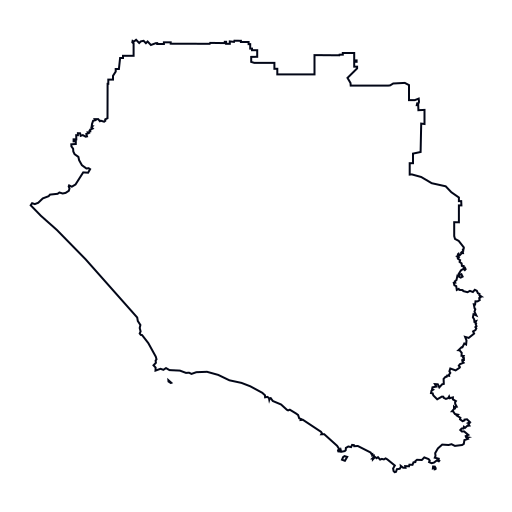 the district of Manjimup, Western Australia, Australia
{"feature_id": "25037944B58524535883846", "entity_name": "Manjimup", "entity_type": "district", "adm_level": 2, "iso_a3": "AUS", "parent_name": "Australia", "parent_adm1": "Western Australia", "projection": "mercator", "projection_center": [116.36, -34.598], "detail": "fine", "context": "isolated", "style": "outline", "palette": "ink", "viewbox_px": 512, "rotation_deg": 0, "n_neighbors": 0, "source": "geoboundaries", "source_scale": "gbopen_adm2", "svg_char_len": 5986}
<svg xmlns="http://www.w3.org/2000/svg" viewBox="0 0 512 512"><path d="M339.5,54.7L339.3,55.3L314.5,55.1L314.5,74.4L277.3,74.4L277.3,68.8L274.4,68.8L274.4,62.9L254.4,62.9L251.2,61.9L251.2,56.9L257.2,56.8L257.2,50.2L252.0,50.2L252.0,48.6L250.2,48.6L250.2,44.1L248.6,44.1L248.6,42.0L240.9,42.0L240.9,40.8L234.4,40.7L234.0,41.9L229.8,41.4L229.8,43.8L226.1,43.8L226.1,41.8L224.8,41.8L224.8,43.1L210.2,42.9L209.7,43.8L170.7,43.7L170.7,42.3L163.9,42.3L163.9,44.0L157.2,44.0L157.2,43.1L156.0,43.1L150.9,45.0L147.6,41.5L145.9,43.2L143.6,40.8L140.8,41.4L139.2,43.0L136.1,39.8L133.9,41.6L132.6,40.9L132.3,42.3L133.6,43.6L133.6,55.8L123.0,55.8L123.0,58.0L120.1,58.0L118.9,69.0L115.7,69.0L115.7,71.6L113.0,75.8L113.0,79.6L108.3,79.6L108.3,83.8L107.6,83.8L107.5,118.2L105.2,119.4L105.3,120.8L104.1,121.7L100.8,120.7L99.9,121.2L98.2,119.1L94.7,119.1L95.3,120.2L93.1,120.8L92.0,124.0L91.7,126.3L92.4,126.3L91.5,127.3L92.7,128.5L90.2,129.6L90.3,131.1L89.5,131.0L89.3,132.7L87.7,132.4L87.9,133.4L86.3,134.0L87.0,136.4L85.7,136.7L82.8,135.1L80.7,135.8L80.1,133.3L77.9,133.2L77.9,135.2L76.2,135.2L76.3,139.3L73.6,139.3L73.6,141.3L75.8,141.3L75.8,144.0L71.3,144.3L71.4,146.4L73.1,148.7L73.3,151.5L74.6,154.2L78.4,156.9L79.1,160.2L81.9,165.2L86.4,168.5L88.6,168.2L90.1,169.2L88.1,172.7L83.2,172.4L75.5,184.5L71.8,186.7L69.1,185.4L68.7,186.4L69.5,188.5L68.8,190.8L65.6,192.9L62.7,193.5L59.4,192.5L57.6,193.8L50.0,194.6L48.6,196.2L42.8,198.4L38.2,202.8L34.8,204.1L32.1,203.2L30.7,205.3L40.9,215.8L56.8,229.9L85.6,259.3L137.2,317.5L137.8,321.0L140.4,325.0L139.7,328.0L140.6,331.4L139.7,333.5L140.8,334.9L142.1,335.1L148.3,343.1L155.8,356.7L156.5,359.3L155.6,360.6L155.9,362.8L153.5,365.3L155.6,367.6L155.5,370.6L160.5,368.8L163.4,369.8L166.0,368.1L169.5,370.1L179.9,370.6L186.0,372.9L189.0,372.7L191.5,373.9L196.3,372.2L207.0,371.8L218.2,374.9L229.4,380.3L241.5,382.9L250.3,386.3L262.3,392.8L265.0,395.3L265.1,397.3L267.5,396.9L269.0,398.2L269.3,399.8L269.8,398.3L270.7,398.1L272.8,401.0L281.1,404.5L286.9,409.8L288.1,410.4L289.8,409.7L295.9,413.4L298.1,415.0L299.2,418.3L301.2,419.1L300.8,420.0L302.9,419.8L321.0,431.8L321.9,433.2L321.3,434.3L324.2,434.2L337.1,445.8L339.1,448.9L338.0,450.4L338.3,451.4L339.5,451.5L340.6,449.6L341.2,451.8L344.7,451.1L345.7,450.2L345.9,447.9L348.3,446.5L351.1,447.1L352.1,444.9L353.9,445.1L354.2,446.2L357.8,446.0L370.6,452.5L371.6,454.2L372.3,454.0L372.3,455.6L373.8,455.3L374.1,456.9L372.3,458.6L373.1,458.7L372.9,459.0L372.9,459.3L375.0,457.0L376.6,458.2L378.0,457.2L380.1,459.6L381.8,458.9L383.9,459.4L385.6,458.4L387.3,459.4L394.8,465.5L393.1,468.5L393.6,471.1L394.7,472.2L396.0,471.8L396.9,469.2L399.7,468.8L400.9,466.9L400.8,465.9L403.1,467.7L405.5,467.8L405.2,466.1L409.0,466.3L409.4,464.7L412.5,464.8L413.5,462.3L415.3,462.1L415.4,461.1L417.0,459.8L421.8,460.0L424.3,457.4L428.6,459.1L429.7,460.5L429.1,462.1L431.6,463.2L434.0,462.6L436.8,460.4L438.8,461.3L439.3,460.7L438.4,459.9L438.7,458.7L434.8,457.7L435.5,455.9L435.2,453.1L437.9,448.4L442.2,444.6L448.6,445.0L451.5,444.2L454.9,445.9L462.1,445.0L463.8,443.9L464.4,440.1L467.9,438.9L466.9,437.8L468.1,437.4L466.0,437.0L465.7,436.1L468.3,434.9L464.1,431.4L461.9,431.5L460.3,430.0L461.7,428.5L463.3,428.5L463.9,426.8L465.0,427.9L467.2,425.9L469.3,425.6L468.5,424.5L469.3,423.4L468.2,423.0L469.9,422.1L467.0,419.3L464.5,419.6L464.3,420.5L462.6,421.2L460.0,419.3L460.4,417.8L456.9,415.6L457.9,414.7L454.9,414.0L453.0,411.2L452.1,411.2L454.0,409.0L454.0,406.8L455.2,407.9L455.5,406.9L456.7,406.7L455.2,403.9L455.1,402.2L455.9,401.1L452.9,399.4L452.9,397.4L449.7,398.2L449.1,396.5L448.2,398.1L445.9,398.9L443.7,397.8L443.3,396.7L441.9,396.6L437.2,399.3L433.3,395.4L432.7,393.4L431.0,393.1L431.5,390.7L433.1,389.7L432.1,389.1L432.5,387.3L436.3,386.6L434.9,384.1L437.8,384.3L439.3,387.4L442.1,384.3L443.8,383.9L443.6,378.9L445.5,376.8L446.6,376.8L447.2,375.5L449.1,375.8L449.0,374.7L450.3,372.9L449.4,371.3L450.3,368.5L455.6,370.4L459.5,367.8L459.9,367.1L458.8,365.7L459.9,364.2L463.6,362.7L462.2,360.8L462.3,360.0L463.9,360.0L463.9,358.0L463.0,357.7L463.7,356.0L461.5,355.8L461.7,352.8L459.6,350.3L458.5,350.2L461.6,347.2L462.4,347.3L464.3,343.5L466.1,344.5L466.5,340.5L465.1,336.9L468.7,337.9L474.1,333.6L473.1,331.4L475.4,330.1L476.3,328.4L475.4,327.1L476.5,326.2L475.7,324.1L476.1,323.4L475.3,322.7L476.1,321.1L474.4,321.6L474.2,319.4L472.9,317.3L473.5,314.2L476.3,315.4L474.5,311.7L475.3,309.2L474.6,308.4L473.8,304.3L475.1,304.5L475.5,301.3L477.5,301.4L479.7,300.1L479.2,298.1L480.3,297.5L480.0,296.6L481.3,296.5L479.4,295.2L479.5,293.9L477.9,293.2L476.8,290.8L474.8,289.8L472.9,292.0L469.9,290.9L467.5,292.2L463.3,291.1L462.6,290.1L459.4,289.9L458.7,288.9L456.8,289.9L456.2,286.1L454.4,285.3L453.8,282.9L455.3,282.7L454.8,281.4L456.5,280.0L457.4,275.8L460.7,277.6L462.6,276.6L461.4,274.2L459.5,275.0L458.6,274.1L461.0,270.3L463.4,268.9L464.8,270.1L465.6,269.2L464.8,267.5L463.6,267.1L463.6,266.0L461.9,265.9L461.6,263.4L459.6,261.9L460.1,260.2L457.9,258.7L457.7,258.0L458.6,257.4L457.1,256.3L458.3,255.7L457.9,254.3L458.5,253.7L459.7,255.3L461.8,253.1L463.0,253.1L462.8,252.1L461.9,252.0L463.3,250.8L462.9,249.5L463.7,248.9L463.8,247.4L458.7,240.9L455.0,238.9L454.2,236.1L454.2,222.2L458.9,222.3L458.9,205.4L461.4,205.4L461.2,201.1L458.9,201.1L458.9,197.5L451.3,192.2L445.7,186.3L431.7,183.2L421.2,177.0L411.8,174.4L409.7,174.6L409.7,163.2L413.0,163.2L413.0,153.6L420.6,152.0L421.2,123.6L424.5,124.0L424.5,109.9L418.4,110.2L418.2,105.1L416.8,105.1L417.2,103.3L418.5,103.3L419.0,101.9L418.7,98.6L414.9,100.1L409.0,100.1L409.0,85.1L404.8,82.9L393.2,83.5L390.1,85.4L388.1,85.6L350.7,85.6L350.5,83.0L347.5,77.9L357.1,68.4L357.1,66.7L354.2,66.7L354.2,61.8L356.6,61.8L356.6,60.4L354.2,60.4L354.2,53.0L342.8,53.0L342.8,54.7L339.5,54.7ZM342.0,459.7L344.9,460.8L347.2,456.9L344.5,456.1L343.1,457.1L342.0,459.7ZM435.7,468.2L434.8,466.6L433.1,466.5L432.9,468.4L434.6,467.9L434.7,469.3L435.5,469.1L435.7,468.2ZM168.5,381.5L170.8,383.0L171.3,382.8L168.4,380.2L168.5,381.5Z" fill="none" stroke="#020617" stroke-width="2"/></svg>